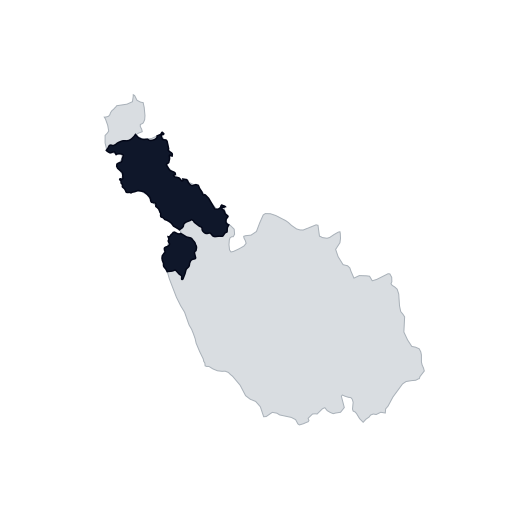 Tirol on a map of Austria (Mercator projection), rotated 57°
{"feature_id": "AUT-2329", "entity_name": "Tirol", "entity_type": "State", "adm_level": 1, "iso_a3": "AUT", "parent_name": "Austria", "parent_adm1": "", "projection": "mercator", "projection_center": [11.6, 47.192], "detail": "fine", "context": "in_parent", "style": "filled", "palette": "ink", "viewbox_px": 512, "rotation_deg": 57, "n_neighbors": 0, "source": "natural_earth", "source_scale": "10m", "svg_char_len": 8480}
<svg xmlns="http://www.w3.org/2000/svg" viewBox="0 0 512 512"><g transform="rotate(57 256 256)"><path d="M54.1,291.0L58.4,281.5L59.3,275.6L55.5,272.2L53.9,271.1L55.3,270.4L60.6,271.0L64.1,269.0L65.9,267.1L70.6,268.9L77.7,272.6L81.0,275.1L82.3,277.0L83.1,278.6L82.7,281.4L84.3,282.5L87.6,282.9L89.8,283.7L89.0,287.4L88.9,290.4L91.9,289.9L95.8,287.6L98.7,283.5L100.6,279.5L102.0,269.8L102.5,269.0L104.8,269.8L114.1,269.3L118.5,271.1L125.5,271.4L125.3,273.0L126.6,275.4L129.6,278.8L131.2,281.0L134.4,281.4L139.4,280.2L142.3,278.9L143.4,279.8L148.0,278.9L152.0,276.2L153.0,274.0L157.1,272.6L162.6,269.1L170.2,266.5L195.0,263.6L196.0,261.5L195.6,256.6L196.3,255.9L199.4,257.1L204.4,258.2L208.3,260.0L210.8,262.2L213.1,262.3L216.7,260.8L221.6,259.7L226.1,262.1L227.4,264.6L226.6,265.9L226.7,268.0L228.1,269.7L231.8,272.5L236.5,274.9L239.0,274.8L239.9,272.4L240.7,266.8L241.1,260.8L240.0,257.4L237.4,256.6L234.4,256.3L232.8,255.6L233.3,253.7L235.8,248.8L235.7,242.3L230.2,234.8L225.5,227.6L225.5,225.1L228.4,220.9L232.8,217.4L242.6,211.8L245.6,210.6L249.6,209.6L255.3,207.3L258.1,204.9L259.9,202.3L262.6,188.6L263.2,188.1L264.0,187.3L274.0,192.0L274.9,191.2L276.6,190.4L279.8,186.8L280.6,184.1L280.5,178.9L280.8,174.0L281.4,172.4L282.9,173.0L287.2,175.5L290.6,178.4L293.8,185.6L301.3,187.5L310.7,187.7L314.1,184.5L317.1,183.8L320.6,184.7L327.9,185.9L328.7,180.0L332.9,174.0L334.8,171.8L340.1,172.0L341.4,167.5L342.8,154.9L343.9,153.5L347.8,153.8L351.6,156.1L352.8,157.9L354.8,157.8L357.6,156.5L360.7,155.7L365.6,157.0L376.0,162.8L381.4,164.9L384.8,164.5L388.0,164.5L400.3,173.4L408.9,174.6L416.7,174.6L419.2,172.0L422.6,169.7L426.1,170.0L429.1,171.2L435.0,175.0L437.8,176.0L441.4,176.6L444.1,177.5L446.4,184.1L447.8,185.9L447.5,186.7L447.2,189.7L445.2,193.5L443.0,198.5L443.1,202.8L448.8,217.9L453.8,227.0L454.8,230.5L458.1,233.1L455.0,236.5L454.4,241.5L452.4,243.7L451.8,246.5L452.7,249.1L452.7,252.3L453.8,256.7L448.8,257.7L443.0,257.5L440.9,257.8L438.9,259.0L436.9,258.4L431.6,254.2L428.6,253.3L426.4,253.6L424.9,255.4L422.1,257.7L419.6,259.3L420.1,260.8L431.2,264.5L433.1,270.2L431.0,274.9L430.3,277.1L427.7,278.9L424.5,280.5L420.7,280.9L420.3,283.4L421.8,290.8L420.5,292.4L419.3,294.7L420.5,300.7L422.8,301.2L423.4,302.5L422.9,305.0L422.5,307.6L421.7,310.3L421.3,311.6L419.7,312.3L414.8,311.9L410.6,314.3L402.2,322.7L399.2,324.1L396.0,327.5L396.2,334.9L395.8,335.6L395.0,337.1L384.9,334.5L384.5,334.5L377.8,335.5L373.1,338.8L367.5,340.8L355.7,339.7L344.3,341.1L341.5,342.0L338.6,342.6L335.8,344.6L334.2,347.3L331.3,350.8L327.3,353.6L322.9,355.7L321.8,357.5L320.4,358.5L317.9,357.2L315.9,357.2L313.5,356.3L305.4,355.3L296.5,353.7L292.3,352.1L287.4,350.9L282.3,349.9L277.6,349.7L275.3,349.2L264.2,346.5L256.8,346.3L247.2,345.2L227.9,341.1L222.3,339.4L216.9,338.9L210.6,337.5L205.8,335.1L202.7,330.7L199.4,324.8L193.4,317.1L192.1,313.3L194.0,309.9L195.9,307.3L195.6,306.2L194.2,305.7L183.6,309.0L173.3,313.2L169.3,313.3L165.3,312.3L160.1,312.3L155.1,313.4L145.1,314.0L139.3,317.0L135.5,323.0L133.5,327.8L131.8,329.4L128.3,330.0L123.1,329.5L119.4,328.1L115.7,324.0L109.9,323.4L104.6,323.3L103.2,322.6L103.3,319.9L101.2,314.8L97.7,313.3L88.7,322.8L86.2,323.6L79.0,321.0L72.7,316.9L72.0,313.9L71.0,311.5L65.7,309.2L59.0,307.6L56.9,307.6L57.7,306.2L58.5,303.7L58.0,301.8L56.5,299.8L55.6,297.6L55.4,295.6L54.9,293.8L54.6,292.2L54.1,291.0Z" fill="#d9dde1" stroke="#a8b0b8" stroke-width="1"/><path d="M86.2,324.0L85.8,324.0L85.8,323.9L85.8,323.7L84.8,321.2L83.6,319.2L83.5,318.5L83.6,317.8L84.3,316.9L85.0,316.4L85.6,315.6L85.9,314.6L86.0,313.2L86.0,312.4L85.8,311.3L85.8,310.4L85.9,309.2L86.5,306.1L87.0,304.6L89.1,301.5L89.9,299.5L90.0,297.4L90.0,296.6L89.3,293.1L88.4,290.9L91.9,290.4L93.0,290.0L95.4,288.5L96.4,287.6L97.4,286.3L98.6,283.9L98.9,283.4L99.4,283.1L100.5,282.7L101.0,282.4L101.9,281.2L102.6,279.6L103.1,277.8L103.1,276.2L102.9,275.2L102.6,274.5L102.2,274.0L101.4,273.6L102.0,270.5L102.0,269.7L101.7,268.8L101.2,268.0L101.1,267.3L101.9,267.0L102.8,266.8L103.2,266.7L103.4,266.8L103.6,267.5L103.6,267.9L103.3,268.2L103.1,268.7L103.2,269.4L103.5,269.8L103.9,270.1L104.8,270.5L107.0,270.8L107.6,270.7L108.3,270.1L109.4,268.6L110.1,268.1L111.4,268.1L118.4,270.8L118.6,271.0L118.8,271.5L119.0,271.8L119.5,272.0L121.1,271.8L123.2,270.8L124.0,270.6L124.7,270.6L125.3,270.9L126.5,271.9L126.0,272.4L124.3,273.6L124.7,274.2L127.4,275.5L130.1,278.3L130.2,278.7L130.2,279.2L130.1,279.8L129.9,280.1L130.4,281.2L131.1,281.6L136.6,281.7L137.7,281.4L141.1,279.0L142.5,278.6L143.6,279.1L143.5,281.2L144.7,281.3L145.9,280.8L146.7,280.0L147.4,279.1L148.4,278.1L149.4,277.8L151.7,277.7L152.5,277.4L153.0,276.6L152.8,276.0L152.2,275.6L151.6,275.4L154.1,272.6L155.3,272.3L156.6,272.5L157.8,272.8L160.3,272.4L161.4,272.0L162.4,270.9L162.6,270.2L163.1,268.3L163.4,267.5L164.9,266.2L165.1,266.0L166.1,266.0L168.4,266.5L172.7,266.5L175.7,267.1L176.2,266.9L176.7,265.6L177.3,265.2L181.8,264.3L194.0,264.9L194.4,264.8L195.9,262.8L196.1,262.3L196.2,261.6L196.1,259.5L195.9,259.1L195.7,258.9L195.2,258.4L194.8,257.9L194.7,257.5L194.6,256.9L195.4,256.5L196.7,255.4L197.1,255.2L197.9,254.8L198.0,254.8L197.9,255.1L197.7,256.0L197.5,256.6L197.2,257.1L197.0,257.6L197.3,258.5L197.8,259.0L198.4,258.9L199.6,258.3L200.8,258.1L203.8,258.8L204.7,258.6L206.8,257.8L207.7,258.0L207.9,258.4L208.5,260.1L208.8,260.8L209.2,261.3L210.8,262.5L211.5,262.9L212.6,262.9L213.7,262.7L214.6,262.3L215.1,261.9L216.4,264.3L217.5,265.3L219.4,266.6L219.9,267.1L220.1,267.5L220.0,267.8L219.8,268.5L219.8,269.1L220.0,270.0L221.1,272.6L221.2,273.1L221.1,273.4L220.8,274.0L220.4,274.6L219.4,276.0L218.9,276.9L217.7,279.3L217.4,279.9L216.9,280.4L216.5,280.8L215.9,281.2L215.3,281.4L212.7,281.7L212.2,281.8L211.8,282.0L211.5,282.4L211.1,283.1L210.6,284.6L210.1,285.4L209.4,286.1L208.8,286.4L207.7,286.8L206.0,287.1L205.2,287.0L204.5,286.8L203.3,286.1L202.7,286.0L201.9,286.1L200.1,287.3L194.1,289.4L192.5,289.3L191.8,289.5L190.3,290.3L190.4,291.8L189.7,294.9L189.5,296.1L189.5,297.5L189.7,298.3L189.9,299.2L190.3,299.7L191.1,300.4L191.5,300.8L192.0,301.9L192.2,302.7L192.3,305.6L192.3,305.9L192.3,306.0L191.4,306.1L186.0,308.9L182.2,309.1L179.9,309.9L177.6,311.1L175.8,312.6L173.4,313.0L172.8,313.4L171.8,314.2L171.1,314.4L170.1,314.0L168.4,312.7L167.4,312.6L167.0,312.7L166.6,312.6L163.8,312.0L162.5,312.2L161.0,312.6L160.5,312.9L160.0,313.0L159.5,312.9L159.1,312.6L158.8,312.2L158.5,312.0L158.1,311.8L157.2,311.5L156.7,311.7L156.2,312.0L155.8,312.6L154.0,314.4L152.4,314.3L150.7,313.5L148.8,313.1L145.1,313.7L141.4,314.9L140.5,315.5L137.1,318.9L136.6,319.8L136.1,322.6L135.1,325.0L135.0,325.3L135.1,326.1L135.0,326.4L134.8,326.7L134.2,327.0L133.9,327.2L132.8,329.2L132.0,330.0L131.3,330.1L130.4,329.8L128.5,329.6L127.6,329.7L125.8,330.3L125.3,330.4L124.8,330.2L123.9,329.4L123.4,329.1L122.8,329.1L121.8,329.4L121.3,329.4L119.8,328.5L119.2,328.3L118.1,328.7L117.5,328.6L117.2,328.0L117.4,327.6L118.6,326.6L118.9,326.1L118.3,325.3L114.3,322.9L113.5,322.7L112.5,322.8L107.1,324.3L104.9,324.0L103.2,322.6L103.1,321.0L103.8,318.3L103.5,317.0L103.0,316.4L101.2,315.0L100.1,313.2L99.5,312.6L99.3,312.4L99.0,312.4L98.7,312.4L97.1,313.3L95.8,314.9L94.9,316.6L94.8,318.1L93.5,318.1L92.5,317.9L91.6,318.0L90.8,319.4L90.6,320.4L90.5,321.0L90.4,321.6L89.8,322.4L87.5,323.6L86.2,324.0ZM210.1,337.2L208.8,337.0L206.7,336.1L204.8,334.5L203.8,332.0L203.4,330.3L202.5,329.7L201.4,329.6L200.3,329.1L199.8,328.8L199.5,328.5L199.3,328.0L199.3,327.0L199.5,326.1L199.7,325.5L199.8,325.0L199.8,324.0L199.3,322.3L198.5,321.7L196.3,321.7L195.5,321.4L195.2,321.0L194.9,320.5L194.3,319.9L193.7,319.6L192.5,319.4L191.9,319.2L192.7,318.4L192.7,317.7L192.3,316.9L192.0,316.1L191.7,314.3L191.4,313.4L191.1,312.6L191.6,311.3L194.9,309.5L196.0,307.9L196.0,306.9L197.5,306.1L202.2,303.9L205.3,300.9L206.2,300.5L207.3,300.3L208.6,300.3L210.4,300.0L211.8,300.0L213.4,300.5L214.8,300.6L215.8,300.9L216.7,301.4L218.8,303.4L218.9,304.9L219.4,305.5L220.1,306.0L224.7,307.6L225.1,308.2L225.0,309.0L224.4,310.6L224.2,311.2L224.2,311.8L224.1,312.1L224.2,312.5L224.4,313.2L224.7,313.9L225.2,314.6L225.7,315.4L226.8,316.4L227.3,316.8L228.0,317.6L228.4,318.4L228.6,319.4L228.8,320.5L229.1,321.7L229.7,322.5L232.1,325.1L235.3,329.5L235.6,330.1L235.6,330.4L235.5,330.6L235.4,330.8L235.1,331.0L234.7,330.9L232.8,329.5L232.2,329.3L231.6,329.3L229.4,330.3L224.7,331.0L223.6,331.6L223.4,332.9L223.2,333.8L222.8,334.9L221.0,338.4L220.8,339.0L220.7,339.0L218.1,338.7L215.0,339.1L214.2,339.0L213.3,338.6L211.7,337.5L210.1,337.2Z" fill="#0f172a" stroke="#020617" stroke-width="1.5"/></g></svg>